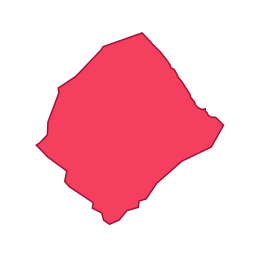 the district of Dickenson, Virginia, United States of America, rotated 75°
{"feature_id": "52423323B95465439207253", "entity_name": "Dickenson", "entity_type": "district", "adm_level": 2, "iso_a3": "USA", "parent_name": "United States of America", "parent_adm1": "Virginia", "projection": "orthographic", "projection_center": [-82.367, 37.131], "detail": "fine", "context": "isolated", "style": "filled", "palette": "rose", "viewbox_px": 256, "rotation_deg": 75, "n_neighbors": 0, "source": "geoboundaries", "source_scale": "gbopen_adm2", "svg_char_len": 885}
<svg xmlns="http://www.w3.org/2000/svg" viewBox="0 0 256 256"><g transform="rotate(75 128 128)"><path d="M211.0,175.3L216.2,170.7L214.6,160.3L207.5,150.3L207.3,138.7L201.4,136.1L201.2,128.8L188.9,114.7L174.0,84.7L167.9,52.4L150.0,35.0L141.0,40.2L140.3,40.9L139.9,41.6L139.7,43.0L139.1,44.8L136.7,47.1L133.8,47.7L131.5,49.0L129.4,48.4L129.3,52.0L125.6,55.7L123.7,56.7L119.8,57.1L114.7,59.5L111.9,59.4L110.9,59.6L97.2,64.0L91.7,66.5L89.8,66.6L84.1,68.0L82.9,68.7L80.8,71.0L78.2,71.0L73.9,72.4L68.3,74.7L67.9,75.0L64.1,76.6L63.1,76.9L59.2,79.2L59.0,79.4L55.6,81.4L52.2,83.3L50.4,83.9L49.1,84.8L41.3,88.9L39.8,89.7L43.0,131.0L45.5,133.6L63.5,163.1L64.8,165.6L71.3,185.0L76.3,185.7L101.4,203.7L113.8,207.7L119.6,217.3L120.8,221.0L135.4,212.9L153.7,198.3L163.3,203.0L169.8,199.7L191.1,180.9L196.3,183.2L203.0,175.5L211.0,175.3Z" fill="#f43f5e" stroke="#9f1239" stroke-width="1.5"/></g></svg>